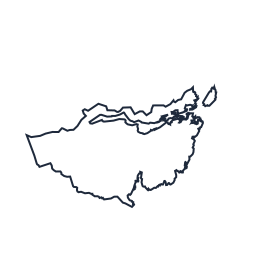 the district of Ballangen nor, Nordland, Norway, rotated 132°
{"feature_id": "86288312B95710758455481", "entity_name": "Ballangen nor", "entity_type": "district", "adm_level": 2, "iso_a3": "NOR", "parent_name": "Norway", "parent_adm1": "Nordland", "projection": "orthographic", "projection_center": [16.618, 68.237], "detail": "fine", "context": "isolated", "style": "outline", "palette": "slate", "viewbox_px": 256, "rotation_deg": 132, "n_neighbors": 0, "source": "geoboundaries", "source_scale": "gbopen_adm2", "svg_char_len": 5585}
<svg xmlns="http://www.w3.org/2000/svg" viewBox="0 0 256 256"><g transform="rotate(132 128 128)"><path d="M184.0,72.3L180.9,72.2L180.7,72.7L181.4,72.6L181.4,73.3L179.6,74.5L180.2,75.8L179.6,76.2L179.7,76.6L180.6,78.4L179.8,81.5L178.4,83.1L176.5,82.9L176.3,81.7L175.2,81.6L169.4,83.3L169.2,83.0L169.5,82.3L168.8,82.1L167.8,83.2L167.9,84.0L167.5,84.2L167.0,83.1L166.4,83.7L166.7,84.3L166.4,84.8L163.3,86.0L162.2,87.1L161.1,86.3L161.3,85.8L160.4,86.0L161.1,85.3L160.8,84.7L160.4,84.9L160.5,85.6L158.6,86.7L159.2,87.0L159.1,87.3L156.8,88.9L154.5,89.3L153.7,88.5L152.4,89.6L151.8,88.0L156.2,85.1L156.7,84.5L156.5,83.4L159.3,81.6L161.3,78.5L161.3,77.4L160.1,76.2L160.5,75.4L160.8,72.3L159.7,72.3L160.4,71.2L159.2,70.8L159.2,70.1L158.8,69.6L154.8,68.5L153.9,67.2L151.5,67.1L151.4,66.5L149.8,66.8L149.3,65.9L148.7,66.4L147.4,65.7L147.4,65.1L146.6,64.2L143.0,65.5L142.7,65.2L143.0,63.9L144.9,61.5L144.1,60.8L141.8,61.0L141.4,60.4L141.8,59.2L141.5,58.5L138.3,57.7L135.4,58.5L134.6,59.4L132.3,59.3L130.7,60.7L128.4,64.3L127.1,63.9L127.3,63.5L126.7,62.7L126.9,62.3L126.5,61.5L126.8,60.1L125.8,59.5L124.9,60.1L124.4,59.0L124.9,58.8L125.0,58.1L124.3,57.5L123.0,58.6L120.3,58.6L119.1,59.3L119.4,58.0L118.5,57.7L117.3,58.4L116.4,61.0L118.5,60.3L115.2,62.6L114.8,62.5L114.9,61.8L115.8,60.7L115.6,59.9L110.3,61.2L108.3,63.3L107.6,62.6L104.3,62.4L102.2,63.2L99.3,65.4L99.3,66.8L96.7,67.6L96.4,68.6L92.9,69.7L92.4,71.5L92.6,72.3L92.3,72.6L92.8,73.5L91.3,74.2L90.2,73.2L90.4,72.4L87.3,71.9L82.5,73.1L81.5,75.3L80.6,74.9L80.9,74.5L80.6,74.1L79.1,74.8L78.4,74.2L74.1,75.7L73.2,76.9L73.4,77.9L74.0,77.5L74.2,78.2L73.5,78.2L73.1,79.3L74.0,79.4L74.2,80.2L76.4,80.6L75.1,81.4L74.9,80.6L74.5,80.5L72.5,80.9L72.8,82.0L72.4,82.3L73.4,83.6L75.5,84.3L74.2,85.8L76.0,85.9L77.2,84.3L78.5,83.7L78.0,83.7L78.3,83.0L77.9,80.4L77.0,80.0L78.0,79.1L79.2,79.5L80.1,81.7L80.1,82.6L81.1,83.4L80.5,84.0L81.4,84.3L80.1,84.6L80.1,85.9L80.6,86.6L78.4,84.3L77.3,84.5L76.6,85.4L76.8,86.3L76.0,87.3L76.3,88.0L73.6,89.5L75.2,91.4L77.3,91.8L76.2,92.2L77.7,92.3L76.3,93.2L76.5,93.4L78.2,93.9L78.6,93.6L78.4,92.7L79.4,92.1L77.8,91.9L81.1,90.1L83.6,90.6L82.5,90.9L83.3,91.2L82.8,92.0L83.1,92.5L84.8,92.7L85.2,93.1L84.8,93.4L85.0,93.5L88.4,92.8L88.8,93.3L89.2,93.2L89.7,93.4L89.8,93.6L88.3,93.6L88.6,93.7L87.5,94.7L82.8,94.3L83.3,95.3L83.0,95.5L83.8,96.0L88.5,96.6L87.4,96.9L89.9,98.5L89.5,98.6L89.7,99.2L91.9,99.9L94.6,100.2L94.8,99.7L93.7,99.5L94.5,99.3L96.2,100.0L97.2,99.0L97.4,100.1L97.8,100.4L97.6,100.8L97.9,101.2L97.3,102.3L97.9,103.2L106.0,104.7L110.9,106.7L110.0,107.1L111.6,108.0L113.7,108.4L114.3,108.9L113.9,109.1L114.1,109.7L115.1,109.2L118.9,110.2L121.6,111.8L122.2,112.9L122.0,113.4L123.4,115.6L124.0,117.9L123.4,119.1L121.9,119.9L120.7,122.0L118.9,123.1L119.5,124.4L123.2,126.7L125.4,130.5L125.6,132.0L125.5,133.8L124.0,134.8L123.8,135.7L124.1,136.6L127.2,140.5L132.2,143.7L138.9,149.7L139.7,150.7L139.6,151.1L139.9,152.1L139.5,152.8L148.7,157.5L149.8,159.1L149.3,160.6L137.0,157.6L136.0,156.6L133.5,151.1L130.3,147.9L129.8,148.0L127.5,145.5L123.4,143.0L119.4,141.6L119.2,141.1L119.9,138.9L120.9,133.6L121.0,131.5L120.6,130.2L120.0,129.3L119.6,127.4L115.4,125.2L114.6,122.2L114.8,121.6L110.9,115.5L109.2,115.1L106.8,111.7L103.7,110.1L104.1,109.8L103.0,109.1L100.9,108.6L99.9,108.8L101.3,109.4L97.0,109.6L97.5,109.9L96.5,109.9L96.5,110.5L91.3,107.2L98.8,108.8L96.8,106.8L98.5,106.7L97.7,106.0L98.1,105.8L97.9,105.0L95.2,103.8L93.7,104.1L92.0,102.9L91.3,101.6L89.2,101.4L87.2,99.9L87.4,99.4L87.0,99.0L85.0,98.3L85.9,99.4L85.0,99.4L84.7,99.9L84.9,100.3L86.2,101.0L86.8,102.3L84.1,102.7L86.2,103.3L88.0,104.8L86.9,106.3L86.1,105.3L83.2,104.7L81.6,103.1L83.4,101.2L83.2,100.8L83.6,100.0L78.6,97.1L77.4,97.2L76.8,96.9L77.9,96.8L76.0,95.9L75.6,96.3L76.8,96.8L74.8,96.3L74.6,96.8L75.7,97.9L75.5,98.9L72.1,100.3L71.7,99.2L69.2,97.4L68.4,95.8L68.7,95.2L68.1,95.0L68.9,94.5L68.4,93.6L69.3,93.4L70.8,93.5L72.2,94.6L72.9,94.1L71.1,92.4L67.0,91.3L66.0,91.8L66.3,92.1L66.1,92.2L66.3,92.8L66.9,93.1L64.7,93.5L64.9,94.6L62.9,95.5L63.3,96.5L63.1,97.2L62.2,96.7L62.6,96.4L62.1,95.5L58.8,95.5L58.4,95.9L59.4,95.5L59.7,96.1L58.5,96.9L59.1,97.0L58.5,98.1L58.8,98.7L57.7,99.4L57.9,100.7L56.7,101.7L56.6,102.6L57.3,103.0L57.5,103.8L54.3,107.0L57.0,107.1L60.7,108.9L63.9,109.5L71.1,107.7L73.6,109.5L77.2,110.1L77.6,111.6L77.0,112.7L81.9,112.5L87.0,114.3L87.4,116.7L94.4,124.4L97.9,123.2L100.6,121.4L106.1,122.8L105.8,128.1L107.7,130.3L113.2,132.3L110.9,139.9L116.2,145.4L120.6,145.3L122.8,146.2L123.4,147.1L123.9,149.7L128.6,155.2L126.5,158.7L129.8,166.2L141.9,169.2L143.0,172.7L145.3,173.3L146.9,170.6L147.2,167.4L153.1,168.1L160.3,166.9L165.8,167.3L168.5,170.0L170.6,171.2L172.0,176.3L172.5,177.0L177.4,176.9L181.5,181.5L187.3,185.5L192.6,188.0L199.5,193.8L201.1,198.5L211.2,179.1L215.5,172.0L215.8,171.2L215.5,169.5L216.1,167.8L206.1,162.1L206.9,159.6L208.9,157.2L209.0,154.9L208.6,152.5L205.5,149.1L205.8,147.7L206.8,146.7L206.4,143.3L205.0,140.6L202.8,138.5L208.0,129.8L208.0,128.8L206.5,126.8L206.4,125.8L208.3,124.4L209.0,123.1L208.8,121.8L206.8,120.2L205.3,116.3L202.3,113.6L201.6,111.4L200.8,110.5L201.4,110.0L201.0,107.0L199.1,105.0L198.6,103.7L199.0,102.3L197.4,101.4L197.6,100.1L196.7,99.9L197.1,98.0L191.8,93.5L188.3,92.3L186.1,89.9L186.9,81.9L185.8,79.5L184.0,72.3ZM57.0,82.4L48.5,82.0L47.9,82.4L48.0,82.9L46.2,83.2L45.7,84.4L42.6,86.2L42.9,86.6L41.2,88.4L41.1,89.2L39.9,91.1L42.0,90.0L41.2,91.1L41.4,91.3L41.0,91.7L41.6,91.9L40.8,92.6L41.1,92.5L43.2,92.2L45.2,90.7L45.8,91.6L47.4,91.6L58.4,89.5L59.2,89.1L59.3,87.3L60.3,87.1L59.9,86.2L60.1,85.2L57.9,84.2L58.1,83.6L57.0,82.4Z" fill="none" stroke="#1e293b" stroke-width="2"/></g></svg>